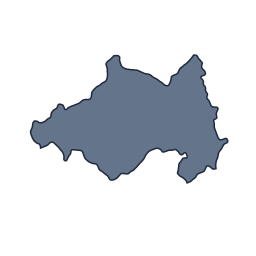 Padre Las Casas, Azua, Dominican Republic, rotated 249°
{"feature_id": "3306468B62510937127431", "entity_name": "Padre Las Casas", "entity_type": "district", "adm_level": 2, "iso_a3": "DOM", "parent_name": "Dominican Republic", "parent_adm1": "Azua", "projection": "mercator", "projection_center": [-70.907, 18.827], "detail": "fine", "context": "isolated", "style": "filled", "palette": "slate", "viewbox_px": 256, "rotation_deg": 249, "n_neighbors": 0, "source": "geoboundaries", "source_scale": "gbopen_adm2", "svg_char_len": 5831}
<svg xmlns="http://www.w3.org/2000/svg" viewBox="0 0 256 256"><g transform="rotate(249 128 128)"><path d="M200.5,140.5L199.8,139.5L199.3,138.1L198.4,136.3L197.8,133.8L197.6,133.1L196.5,131.2L196.1,130.7L195.4,130.4L194.7,130.2L192.0,130.1L190.8,129.9L190.1,129.7L188.6,129.0L185.8,128.3L182.3,126.6L181.4,125.9L180.6,125.1L179.9,124.1L179.6,123.4L179.5,122.7L179.1,119.8L178.1,117.2L177.8,114.3L177.5,113.2L176.0,109.7L174.8,107.7L174.4,107.2L173.8,106.8L172.1,105.9L170.0,104.8L169.3,104.1L168.8,103.2L168.7,102.5L168.7,101.4L168.9,100.7L169.6,99.2L169.9,98.5L170.1,97.3L170.1,96.1L170.0,95.3L169.8,94.5L169.0,92.6L168.7,91.5L168.6,89.4L168.6,83.5L168.5,80.9L168.3,79.3L167.5,77.6L167.4,77.0L167.4,76.7L167.7,76.1L168.2,75.8L168.9,75.7L171.8,75.6L172.5,75.4L172.8,75.3L173.3,74.8L174.5,73.2L174.8,72.6L174.9,71.9L174.7,71.2L174.3,70.6L173.5,70.0L172.5,69.2L172.1,68.7L171.8,67.7L171.5,65.8L171.4,65.0L170.9,64.1L169.9,62.4L169.5,61.9L166.5,60.1L166.0,59.7L165.8,59.4L165.5,58.4L165.2,56.0L164.1,53.4L163.9,52.2L163.9,50.6L163.9,49.4L164.1,48.2L164.5,47.6L164.9,47.0L165.4,46.6L166.6,45.8L167.0,45.3L167.9,43.7L168.0,43.1L167.8,42.4L167.4,41.8L166.4,40.8L165.4,40.2L164.1,39.6L163.5,39.2L162.5,38.4L160.5,36.5L159.9,36.0L159.2,35.6L158.0,35.3L156.4,35.2L153.1,35.2L150.7,35.5L149.8,35.7L147.1,37.1L146.1,37.9L145.2,39.1L144.9,39.3L144.4,39.6L143.7,39.7L142.6,39.7L141.6,39.5L140.6,39.2L140.7,44.7L140.8,46.3L141.1,47.4L142.0,49.2L142.2,49.9L142.2,50.7L142.2,51.4L142.0,52.1L141.6,52.7L141.1,53.2L140.3,53.7L134.4,56.5L131.9,57.1L129.7,58.1L129.0,58.2L127.1,58.4L124.9,58.2L123.8,57.9L122.1,57.0L121.4,56.9L120.7,57.0L120.0,57.5L119.8,57.8L119.6,58.4L119.7,58.7L119.8,59.0L120.1,59.6L122.2,61.7L122.9,62.5L123.3,63.1L124.0,64.4L124.4,64.9L125.2,65.6L126.6,66.3L127.1,66.7L127.5,67.2L127.7,67.7L127.7,68.0L127.5,68.6L126.6,70.7L125.6,72.5L124.9,74.1L123.5,76.3L123.0,76.7L122.0,77.0L120.8,77.0L116.0,76.9L114.9,77.1L114.2,77.3L111.1,78.9L109.6,80.1L107.8,82.0L107.2,82.9L106.2,84.8L105.8,85.3L105.2,85.7L104.6,86.0L103.9,86.1L100.5,86.2L99.8,86.3L99.0,86.5L98.1,87.1L96.0,88.7L94.4,89.5L91.8,91.0L90.7,91.8L89.8,92.1L87.4,92.3L86.7,92.5L86.1,92.9L85.6,93.4L85.2,94.0L85.1,94.3L84.9,95.4L84.8,96.5L84.9,98.1L85.1,99.2L85.4,100.2L86.2,101.7L86.8,103.0L87.5,104.2L87.8,105.1L87.8,105.8L87.6,106.5L85.6,110.4L85.3,111.3L85.3,112.4L86.1,114.2L86.3,114.9L86.7,118.2L87.0,118.8L87.8,120.4L88.3,121.7L89.3,123.5L89.9,124.8L90.9,126.6L91.4,127.9L92.4,129.7L93.0,131.0L93.9,132.2L96.7,135.3L97.1,135.9L98.6,139.0L98.9,140.6L99.0,142.6L99.0,145.8L98.9,147.0L98.7,147.8L98.2,148.8L97.7,149.4L96.9,150.2L96.3,150.6L95.6,151.0L94.0,151.4L93.5,151.6L93.0,152.1L92.8,152.7L92.7,153.4L92.6,157.0L92.5,158.2L92.4,158.9L91.7,160.5L91.5,161.1L91.1,163.9L90.9,164.6L90.7,164.8L90.2,165.3L88.2,166.3L87.6,166.6L85.5,166.9L84.6,167.4L84.1,167.9L83.8,168.5L83.7,169.2L83.8,169.8L84.6,171.4L84.6,172.0L84.4,172.6L84.2,172.8L83.6,173.1L82.6,173.2L81.5,173.2L80.5,173.1L79.8,172.9L79.3,172.5L79.1,171.9L79.1,171.3L79.8,170.1L79.9,169.5L80.0,168.8L79.9,168.4L79.4,167.4L77.8,165.3L77.0,163.8L76.6,163.2L76.1,162.7L75.5,162.3L73.9,161.6L72.5,160.7L71.2,160.1L70.5,159.7L69.1,158.6L68.2,158.1L67.9,158.0L67.3,158.1L64.9,159.1L64.3,159.5L61.9,161.5L58.8,163.1L58.1,163.3L57.4,163.4L55.5,163.5L55.6,166.6L55.8,168.0L56.7,169.9L57.2,172.0L57.5,172.7L58.0,173.6L59.5,175.4L59.9,176.4L60.2,177.9L60.2,182.1L60.4,183.2L60.7,183.9L61.1,184.5L63.7,187.2L64.0,187.7L64.2,188.4L64.1,188.7L63.8,189.3L63.1,190.1L62.0,191.0L60.1,191.9L59.3,192.6L58.8,193.5L58.5,195.6L61.6,196.4L64.7,198.0L66.0,198.9L68.0,200.8L69.0,201.6L69.6,202.0L71.2,202.9L72.4,203.8L73.2,204.7L73.6,205.3L74.5,206.9L74.9,207.6L77.3,210.3L78.0,211.2L78.4,211.9L78.6,212.6L78.7,214.7L78.9,215.4L79.2,215.9L79.5,216.2L80.1,216.4L81.1,216.6L82.1,216.5L82.7,216.2L83.2,215.7L83.3,215.3L83.4,214.6L83.4,211.9L83.6,210.8L83.7,210.4L84.0,209.8L84.5,209.3L85.1,208.9L85.9,208.7L87.0,208.6L96.4,208.7L98.4,209.0L100.6,209.9L101.3,210.1L103.4,210.4L104.3,210.7L104.6,210.9L104.9,211.4L105.0,212.0L105.2,213.6L105.4,214.2L105.6,214.4L105.9,214.6L106.5,214.9L108.9,215.2L109.9,215.6L110.9,216.3L113.1,218.5L113.7,218.9L114.0,219.0L114.3,219.0L114.9,218.9L115.6,218.2L115.9,217.7L116.4,216.5L117.3,214.8L117.7,214.3L118.2,213.8L118.9,213.6L119.6,213.5L122.8,213.5L124.3,213.4L125.1,213.2L126.6,212.5L127.6,212.4L128.2,212.5L128.6,212.6L130.5,214.1L131.1,214.3L131.4,214.4L132.0,214.3L133.5,213.9L134.9,213.8L135.9,214.0L137.4,214.7L138.4,214.8L139.4,214.7L140.8,214.1L141.5,214.1L142.5,214.2L143.6,214.8L144.3,215.0L145.4,215.1L146.4,214.9L148.1,214.2L148.7,214.1L149.3,214.2L149.5,214.4L149.9,214.9L150.0,215.6L150.0,217.7L150.1,218.5L150.3,219.1L150.5,219.4L150.8,219.7L151.1,219.8L151.8,220.0L153.4,220.0L154.5,219.7L156.0,218.9L156.7,218.7L157.4,218.5L158.1,218.5L158.8,218.7L159.8,219.1L162.1,220.8L163.6,220.2L165.4,219.7L167.2,218.9L168.0,218.7L169.9,218.5L170.6,218.3L171.2,218.0L171.6,217.5L172.6,215.5L170.6,212.5L169.8,210.9L168.8,209.1L168.3,207.8L167.5,206.3L167.2,205.3L166.8,203.5L166.6,202.8L165.9,201.3L165.4,199.2L165.0,198.1L164.1,196.9L162.0,194.7L161.5,194.2L161.2,193.5L161.0,192.8L160.9,192.0L160.9,189.4L160.7,187.9L160.4,187.3L160.0,186.7L159.4,186.3L157.6,185.4L156.7,184.7L154.4,182.6L153.7,181.8L153.4,181.1L153.3,180.4L153.4,179.7L153.7,179.1L154.1,178.5L155.4,177.3L156.3,176.8L157.9,176.1L160.7,174.0L162.6,173.0L163.5,172.3L166.3,169.8L167.2,169.2L168.8,168.4L169.6,167.8L170.4,167.0L171.2,166.0L172.0,164.4L172.8,163.2L174.1,161.8L177.6,158.4L178.8,157.0L179.2,156.4L179.7,155.1L180.7,153.3L181.2,152.0L182.2,150.2L183.0,148.6L184.1,147.1L186.0,145.2L187.0,144.6L187.6,144.3L188.8,144.1L190.7,144.1L192.6,144.2L193.7,144.3L194.8,144.6L196.5,145.4L197.2,145.6L197.9,145.4L198.8,144.9L199.4,144.1L200.2,141.9L200.5,140.5Z" fill="#64748b" stroke="#1e293b" stroke-width="1.5"/></g></svg>